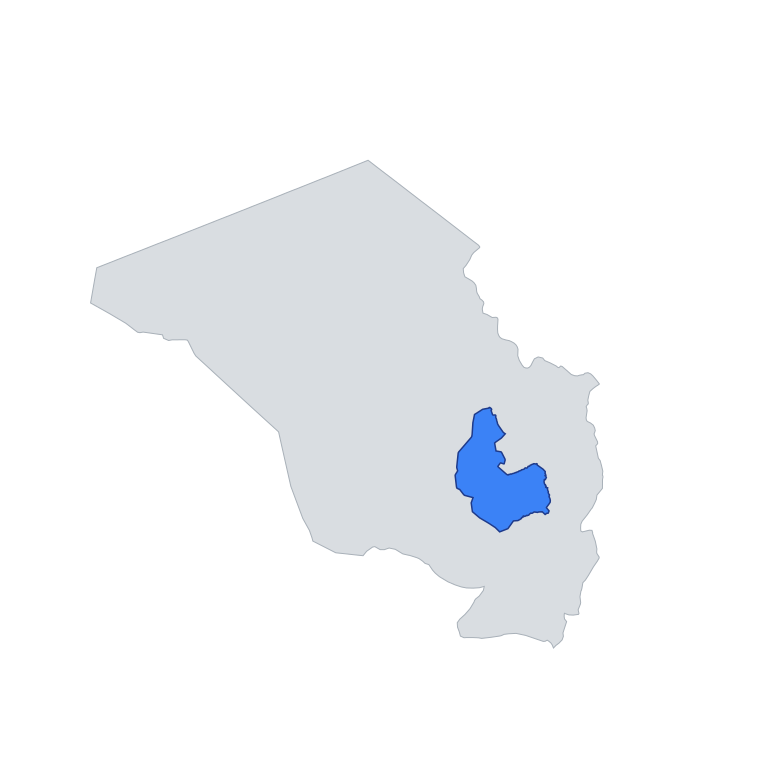 location of Guéra within Chad, rotated 308°
{"feature_id": "TCD-1474", "entity_name": "Guéra", "entity_type": "Prefecture", "adm_level": 1, "iso_a3": "TCD", "parent_name": "Chad", "parent_adm1": "", "projection": "natural_earth1", "projection_center": [19.056, 11.461], "detail": "fine", "context": "in_parent", "style": "filled", "palette": "blue", "viewbox_px": 768, "rotation_deg": 308, "n_neighbors": 0, "source": "natural_earth", "source_scale": "10m", "svg_char_len": 8773}
<svg xmlns="http://www.w3.org/2000/svg" viewBox="0 0 768 768"><g transform="rotate(308 384 384)"><path d="M550.5,233.7L550.6,250.4L550.8,267.1L550.9,283.7L551.0,300.4L551.2,317.0L551.3,333.7L551.4,350.3L551.5,367.0L551.6,372.5L551.2,374.7L551.0,375.0L550.4,375.4L542.8,373.8L539.5,373.8L534.9,375.0L528.1,375.6L523.7,375.4L520.6,378.3L518.3,381.7L519.4,390.0L519.2,392.7L518.3,395.6L516.2,398.0L514.1,399.9L512.9,401.6L511.4,405.4L510.3,407.1L510.4,409.5L510.0,411.9L508.8,413.2L505.6,414.2L503.6,415.3L501.9,417.1L500.8,418.4L501.4,420.1L502.2,422.4L502.7,426.1L503.0,428.3L504.6,430.1L505.6,431.3L505.9,432.9L505.0,434.1L501.1,436.8L499.6,437.8L497.8,439.2L497.1,439.7L494.3,442.2L492.9,444.5L492.2,446.4L492.2,448.9L493.7,452.8L495.3,456.1L495.9,458.6L496.3,461.3L496.1,463.9L495.3,466.1L493.9,468.2L488.6,472.0L485.9,476.1L483.9,481.2L483.3,484.0L483.9,485.8L485.0,487.4L486.6,488.2L488.9,488.4L492.8,487.6L496.4,487.0L500.2,488.8L502.2,493.1L501.4,496.2L502.9,501.8L504.2,508.6L504.1,510.9L504.6,511.8L507.0,512.2L507.5,513.8L506.8,525.7L507.9,529.1L509.5,531.5L511.3,532.7L513.1,534.3L514.1,535.4L516.2,535.7L518.5,537.8L519.2,540.7L519.0,543.5L517.7,549.6L516.6,553.7L515.2,553.4L512.4,552.4L509.0,551.5L504.9,550.8L500.9,552.5L496.7,554.6L495.3,556.2L494.1,557.2L492.2,557.0L490.5,557.3L489.6,558.8L488.0,560.5L481.8,564.0L480.5,565.3L479.8,566.5L479.8,567.9L480.4,570.7L480.4,574.3L479.0,577.1L477.4,579.1L475.6,579.8L474.1,580.2L473.1,581.4L469.9,587.9L468.5,589.1L465.6,588.9L457.5,598.6L456.7,601.5L453.7,605.5L450.0,610.1L446.6,612.2L446.3,613.1L445.4,613.9L443.4,614.9L436.2,620.4L427.5,620.2L423.7,622.4L420.0,623.3L414.6,624.4L413.0,624.3L406.0,624.7L397.9,624.6L394.7,625.4L391.8,627.4L389.6,629.3L389.3,629.9L389.6,630.7L389.5,631.3L395.2,635.8L396.7,638.0L395.2,640.1L394.6,640.4L394.5,640.5L393.5,642.2L390.2,647.3L385.1,653.3L382.5,655.0L381.5,656.1L380.1,660.1L379.2,660.7L375.7,661.2L368.8,661.6L359.2,662.9L353.5,663.4L349.9,663.0L344.9,665.7L343.1,666.5L342.0,666.7L337.0,669.4L332.9,673.5L331.4,674.3L325.6,676.0L323.2,678.9L322.2,679.1L318.4,675.4L315.9,671.9L314.7,668.5L314.5,667.4L313.8,667.6L311.7,669.1L310.0,670.9L309.2,674.2L303.1,676.4L298.0,678.3L295.6,680.7L292.0,681.9L287.4,681.4L283.8,680.4L280.3,680.1L282.0,677.1L282.7,674.9L282.8,672.1L282.6,670.3L280.5,669.4L279.2,667.9L276.2,659.3L273.1,650.4L268.8,641.6L264.0,636.1L260.6,632.7L259.5,632.2L257.7,631.2L256.5,630.2L250.2,624.2L243.7,617.6L242.1,614.6L238.8,610.0L235.2,605.4L233.3,603.2L232.4,599.4L235.0,596.0L237.7,591.6L241.0,588.7L245.3,588.5L252.3,589.7L259.9,590.1L267.5,589.2L269.4,588.6L271.4,588.6L275.4,589.6L282.5,589.4L286.2,587.6L282.2,584.6L278.0,579.9L274.1,574.6L271.7,569.9L269.5,563.8L267.5,556.2L266.3,546.5L266.5,540.9L267.2,537.0L269.3,530.5L267.9,526.8L268.2,523.7L268.0,519.2L267.4,516.9L264.6,509.4L264.1,508.6L261.7,503.4L260.7,494.7L257.9,489.0L253.6,486.2L251.1,482.9L250.2,476.9L248.5,475.4L241.5,473.3L235.8,473.2L231.6,466.5L226.3,457.9L221.3,449.9L218.2,433.9L216.4,424.7L218.5,421.9L222.7,415.4L228.0,402.9L239.9,383.5L246.0,373.6L258.1,358.8L273.0,340.6L281.4,330.4L282.8,311.7L284.3,292.0L285.5,277.0L286.9,259.4L288.1,244.6L289.0,233.8L290.2,218.5L291.2,215.6L297.0,203.6L297.5,202.0L296.4,200.0L288.3,189.8L285.7,187.5L284.3,182.2L286.4,179.2L276.6,162.2L274.2,160.1L273.1,158.0L273.0,154.9L272.9,143.1L270.5,124.5L267.2,102.9L278.8,96.7L287.6,92.0L298.8,86.1L309.1,92.2L324.1,101.0L339.1,109.9L354.1,118.7L369.1,127.6L384.1,136.4L399.2,145.3L414.2,154.1L429.3,163.0L444.4,171.8L459.5,180.7L474.7,189.5L489.8,198.4L504.9,207.2L520.1,216.1L535.3,224.9L550.5,233.7Z" fill="#d9dde1" stroke="#a8b0b8" stroke-width="1"/><path d="M337.8,532.3L344.0,525.9L349.3,524.1L346.1,516.6L345.8,515.9L345.9,515.4L345.9,514.8L347.5,508.6L347.2,507.6L346.8,505.7L347.4,504.6L355.7,496.4L356.3,496.1L356.8,496.0L360.4,495.6L360.9,495.5L361.3,495.0L362.8,492.9L363.7,492.2L375.2,485.0L375.8,484.8L376.4,484.7L395.8,485.6L396.3,485.5L396.8,485.4L398.5,484.5L408.2,477.9L415.7,474.1L424.8,477.3L429.5,481.4L429.6,481.5L429.8,481.4L430.1,481.3L430.3,481.4L430.4,481.5L430.5,481.6L430.6,481.8L430.7,482.1L430.6,482.7L430.7,483.5L430.6,483.8L430.5,484.1L430.2,484.5L429.9,484.7L429.7,484.7L429.3,484.6L429.2,484.7L429.0,484.8L426.9,488.1L426.7,488.5L426.7,488.8L426.7,489.0L426.9,489.4L427.9,490.5L428.1,490.8L428.1,491.0L428.1,491.3L428.0,491.5L427.5,491.9L427.0,492.2L426.9,492.2L426.7,492.4L426.5,492.6L426.3,492.9L425.5,494.3L424.3,495.6L423.6,496.8L423.3,497.1L423.1,497.3L422.9,497.5L422.6,498.0L422.4,498.2L421.5,500.6L419.4,507.4L419.3,508.1L419.4,510.2L413.7,509.8L407.1,507.8L405.6,507.5L400.2,513.5L402.4,517.6L402.6,518.2L402.5,518.7L402.3,519.2L399.3,525.6L398.8,526.1L398.4,526.4L395.6,527.6L395.2,527.8L394.9,527.7L394.7,527.4L393.8,524.9L393.6,524.5L393.3,524.4L393.1,524.3L389.6,524.4L389.1,524.5L389.0,524.9L388.9,525.4L388.3,536.2L388.3,536.5L388.5,537.1L388.6,537.3L388.6,537.6L388.7,537.8L388.9,537.9L389.5,538.0L389.8,538.2L389.9,538.4L390.0,538.6L390.2,538.8L390.3,538.8L390.7,538.9L390.9,539.0L391.0,539.1L391.2,539.6L391.3,539.7L391.4,539.9L391.6,540.0L391.9,540.1L392.2,540.2L392.4,540.3L392.9,540.8L394.2,541.7L394.3,541.8L394.9,541.9L395.1,542.0L395.3,542.3L395.4,542.6L395.6,542.7L396.2,542.8L396.3,542.9L396.8,543.2L397.4,543.7L397.5,543.8L398.3,543.9L398.5,543.9L398.7,544.0L398.8,544.1L398.9,544.3L399.0,544.4L399.3,544.6L399.8,544.8L400.2,545.1L400.4,545.1L400.6,545.2L401.2,545.3L401.4,545.4L401.5,545.5L401.9,546.0L402.1,546.1L403.3,546.8L403.6,546.9L404.2,546.8L404.4,546.8L404.5,546.8L404.8,547.0L405.0,547.1L405.1,547.3L405.4,547.9L405.5,548.1L405.7,548.3L405.9,548.4L406.3,548.5L406.7,548.5L406.9,548.5L407.4,548.3L407.6,548.3L407.8,548.3L408.1,548.4L408.2,548.6L408.5,549.0L408.8,549.2L409.1,549.3L409.5,549.2L409.9,549.2L410.0,549.2L410.3,549.4L410.5,549.5L410.8,549.7L410.9,549.8L411.0,549.9L411.2,550.0L411.4,550.0L411.8,550.1L412.1,550.3L412.4,550.7L412.7,550.8L413.1,550.9L413.3,551.0L413.5,551.2L414.0,552.0L414.2,552.5L414.3,552.7L414.5,552.9L414.6,553.0L414.8,553.1L415.0,553.2L415.2,553.3L415.3,553.6L415.3,553.8L414.8,554.3L414.5,554.6L414.5,555.2L414.8,561.7L414.3,564.9L413.7,565.4L412.8,565.8L412.7,565.9L412.7,566.1L412.6,566.5L412.4,566.7L412.2,566.9L412.1,567.1L411.9,567.6L411.7,567.8L411.5,567.7L411.4,567.5L411.3,567.4L411.0,567.3L410.9,567.5L411.0,567.6L411.0,567.8L411.0,568.0L410.3,569.5L410.1,569.6L409.9,569.6L409.6,569.6L408.8,569.8L408.5,569.9L408.0,570.0L407.8,569.9L407.7,569.8L407.7,569.6L407.7,569.3L407.6,569.2L407.3,569.2L407.1,569.3L406.9,569.5L406.6,569.7L406.3,569.8L406.1,569.9L405.8,570.1L405.5,570.3L405.3,570.5L404.8,571.1L404.4,571.6L404.3,571.8L404.0,572.3L403.9,572.6L403.8,572.8L404.0,573.2L403.9,573.4L403.8,573.5L403.6,573.6L403.4,573.8L403.4,574.0L403.4,574.4L403.3,574.6L403.2,574.7L403.0,574.8L402.6,574.8L402.3,574.8L402.2,574.9L402.2,575.1L402.3,575.2L402.4,575.3L402.6,575.4L402.6,575.6L402.6,575.8L402.5,576.0L402.5,576.4L402.8,576.6L402.9,576.8L402.6,576.9L402.2,577.0L402.1,577.4L402.0,577.6L401.8,577.7L401.4,578.0L401.2,578.2L401.0,578.4L400.9,578.7L400.7,579.1L400.5,579.4L400.4,579.7L400.2,579.9L400.1,580.0L399.8,580.1L399.5,580.2L399.4,580.4L399.3,580.6L398.7,581.7L398.6,582.4L398.4,582.8L398.2,582.8L397.7,582.9L397.4,583.2L397.2,583.4L396.9,583.4L396.8,583.5L396.7,583.6L396.6,584.0L396.3,584.4L396.2,584.7L395.8,585.4L395.2,586.1L394.8,586.6L394.4,586.9L393.2,587.7L391.4,587.9L387.0,588.0L386.6,588.1L386.4,588.5L385.7,591.9L385.6,592.2L385.4,592.3L384.5,592.5L383.9,592.8L383.5,592.9L383.3,592.9L382.9,592.5L382.2,591.8L382.1,591.7L381.9,591.6L381.7,591.6L381.3,591.6L381.1,591.6L380.9,591.5L380.6,591.3L380.5,591.2L380.4,591.2L380.7,587.9L380.7,587.5L380.7,587.3L380.6,587.2L380.4,586.9L380.0,586.8L379.9,586.7L379.7,586.4L379.6,586.0L379.5,585.9L379.4,585.7L379.0,585.4L378.9,585.3L378.2,584.5L378.1,584.4L377.9,584.3L377.7,584.3L377.5,584.2L377.4,584.1L377.2,583.9L376.8,583.1L376.6,582.6L376.5,582.4L376.2,582.2L376.0,581.9L375.8,581.4L375.7,581.3L375.6,581.1L373.7,580.5L373.4,580.3L373.2,580.1L372.9,579.8L372.6,579.2L372.4,579.1L372.2,579.1L371.8,579.0L371.2,578.8L369.9,578.8L369.7,578.7L369.4,578.5L369.3,578.3L368.6,578.0L368.5,577.9L368.4,577.7L368.3,577.3L368.2,577.2L367.4,577.1L367.2,577.0L367.0,576.7L366.8,576.6L366.6,576.5L366.4,576.5L366.2,576.3L366.2,576.2L366.1,575.7L366.0,575.4L365.9,575.2L365.7,575.1L365.4,575.0L365.2,575.1L364.9,575.4L364.8,575.5L364.6,575.5L364.3,575.1L364.1,575.0L363.4,574.9L363.2,574.8L362.9,574.8L362.6,575.1L362.3,575.0L362.2,574.9L361.8,574.8L361.0,574.5L360.5,574.4L360.3,574.3L359.9,574.0L359.6,573.9L359.2,573.8L359.0,573.7L358.8,573.6L356.1,570.6L355.9,570.4L355.7,570.3L346.3,570.7L338.7,566.2L339.4,560.1L338.7,551.7L337.4,541.8L337.8,532.3Z" fill="#3b82f6" stroke="#1e3a8a" stroke-width="1.5"/></g></svg>